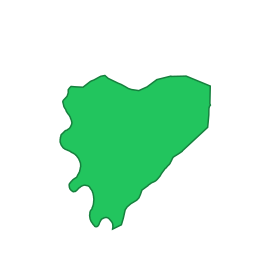 Agard Lands, Castries, Saint Lucia, rotated 139°
{"feature_id": "8701671B38809130706709", "entity_name": "Agard Lands", "entity_type": "district", "adm_level": 2, "iso_a3": "LCA", "parent_name": "Saint Lucia", "parent_adm1": "Castries", "projection": "robinson", "projection_center": [-60.962, 14.007], "detail": "fine", "context": "isolated", "style": "filled", "palette": "green", "viewbox_px": 256, "rotation_deg": 139, "n_neighbors": 0, "source": "geoboundaries", "source_scale": "gbopen_adm2", "svg_char_len": 5629}
<svg xmlns="http://www.w3.org/2000/svg" viewBox="0 0 256 256"><g transform="rotate(139 128 128)"><path d="M197.2,125.3L197.7,125.1L197.9,125.0L198.1,124.9L198.8,124.6L199.3,124.6L200.2,124.7L200.6,124.7L201.2,124.9L201.8,125.0L202.0,125.0L202.9,125.0L203.4,125.1L203.9,125.1L204.6,125.0L205.0,124.9L205.8,124.9L206.3,124.8L206.9,124.7L207.8,124.5L208.3,124.5L208.6,124.4L208.8,124.3L209.4,124.0L209.6,123.8L209.9,123.4L210.3,123.0L210.5,122.6L210.8,122.2L211.2,121.6L211.3,121.2L211.5,120.8L211.6,120.6L211.8,119.9L211.8,119.3L211.8,118.5L211.8,118.2L211.6,117.6L211.6,117.1L211.4,116.5L211.2,115.9L210.8,115.5L209.9,115.1L209.3,114.9L209.2,114.6L208.3,114.6L207.4,114.6L206.8,114.6L206.2,114.7L205.6,114.8L204.8,114.9L204.3,114.9L204.1,114.9L203.8,114.8L203.2,114.7L202.7,114.8L202.2,114.8L201.7,114.7L201.4,114.6L200.8,114.5L200.3,114.3L199.9,114.2L199.6,114.1L199.2,113.9L198.6,113.6L198.2,113.3L198.0,113.1L197.7,112.7L197.5,112.4L197.2,112.0L197.0,111.8L196.6,111.2L196.2,110.9L196.1,110.4L195.9,110.0L195.7,109.1L195.8,107.9L195.8,107.7L196.1,107.0L196.1,106.3L196.1,105.4L196.2,104.9L196.2,104.4L196.3,104.2L196.5,103.6L196.8,103.0L197.0,102.5L197.3,101.5L197.7,101.0L198.0,100.4L198.2,100.1L198.6,99.4L198.9,98.9L199.2,98.5L199.4,98.3L199.8,97.6L200.1,97.2L200.3,96.9L200.8,96.3L201.2,95.9L201.4,95.7L201.9,95.3L202.3,94.9L203.1,94.1L203.6,93.7L204.2,93.1L204.7,92.8L205.2,92.5L205.9,92.0L206.3,91.8L206.6,91.7L207.3,91.4L208.0,90.8L208.3,90.6L209.1,90.4L209.7,90.4L210.1,90.3L210.7,90.1L211.3,89.8L211.9,89.4L212.3,89.1L212.7,88.7L213.2,88.1L213.7,87.7L214.1,87.5L214.5,86.9L215.0,86.2L215.5,85.4L215.7,85.0L216.1,84.5L216.3,84.1L216.4,83.8L216.6,83.2L216.8,82.7L217.1,81.8L217.2,81.2L217.2,80.9L217.3,79.9L217.4,79.0L217.6,78.1L217.5,77.6L217.5,76.9L217.5,76.6L217.5,76.2L217.6,75.8L217.5,75.3L217.4,75.1L217.2,74.8L216.9,74.5L216.6,74.2L216.0,73.9L215.5,73.8L214.9,73.8L214.7,73.9L214.3,74.0L214.1,74.0L213.7,74.1L213.2,74.3L212.8,74.5L212.4,74.7L212.0,75.0L211.8,75.1L211.4,75.3L211.2,75.4L211.0,75.5L210.6,75.6L210.3,75.7L210.0,75.8L209.7,76.0L209.2,76.1L208.8,76.2L208.6,76.4L208.3,76.4L208.1,76.5L207.8,76.5L207.6,76.5L207.3,76.4L207.1,76.4L206.6,76.2L206.2,76.2L205.8,76.1L205.4,76.0L204.7,75.7L204.3,75.5L204.1,75.4L203.8,75.3L203.6,75.1L203.4,75.0L203.1,74.8L202.7,74.2L202.2,73.5L201.9,72.6L201.8,71.8L201.8,70.9L201.8,70.4L201.8,69.8L201.8,69.1L201.9,68.6L201.9,68.4L201.9,68.1L201.9,67.5L202.0,67.1L202.1,66.8L202.1,66.5L202.5,65.8L202.8,65.2L203.4,64.4L203.8,63.9L204.2,63.3L204.6,63.0L204.9,62.7L205.2,62.4L205.6,62.2L206.0,61.8L196.5,59.3L190.7,63.0L183.8,68.1L180.4,69.0L175.6,69.0L168.8,67.8L165.6,68.1L165.0,68.4L162.4,69.6L158.2,72.0L153.0,71.6L150.6,71.4L150.4,71.5L150.2,71.6L149.5,71.5L148.5,71.4L147.8,71.3L147.0,71.3L146.7,71.2L146.2,71.2L145.0,70.8L144.8,70.8L144.4,70.6L142.9,70.2L141.8,70.0L141.5,70.0L141.1,70.0L140.5,70.0L139.3,70.1L138.7,70.2L138.0,70.3L137.3,70.4L136.2,70.6L135.4,70.7L134.6,71.0L134.0,71.2L132.9,71.6L130.8,72.1L128.9,72.5L127.6,72.8L126.8,73.0L126.5,73.1L125.6,72.9L124.8,73.0L124.1,73.2L123.1,73.3L122.3,73.4L121.7,73.4L121.0,73.4L120.2,73.6L119.8,73.6L119.3,73.8L118.7,74.1L118.2,74.3L116.8,74.8L115.3,75.5L115.1,75.6L114.6,75.8L113.5,76.2L112.8,76.3L112.3,76.2L112.0,76.2L111.3,76.1L110.1,75.9L109.9,75.9L109.6,75.8L108.9,75.7L108.1,75.6L107.7,75.5L107.0,75.4L106.3,75.3L105.5,75.2L104.8,75.1L103.6,75.0L102.8,74.9L102.2,74.9L102.0,75.1L68.5,76.2L67.5,76.2L63.8,79.7L58.5,84.8L55.0,88.7L54.6,89.1L53.7,90.0L52.2,90.9L50.8,91.2L50.2,92.7L38.4,105.7L50.1,129.1L50.9,129.7L61.6,138.6L61.6,139.0L74.5,145.6L86.6,146.5L92.2,148.2L95.3,149.1L96.4,150.4L100.1,154.7L101.8,157.5L103.1,161.4L104.5,165.2L105.3,166.8L106.2,168.6L110.4,178.4L111.0,182.8L114.6,184.9L116.7,185.4L122.2,186.6L124.7,187.5L125.8,187.8L135.2,188.3L140.9,193.8L143.7,196.7L145.6,196.6L148.0,196.1L150.1,193.7L153.2,191.9L155.0,191.7L158.8,191.3L160.0,190.6L162.3,186.2L162.6,185.0L162.9,182.8L163.6,181.0L164.0,178.0L164.0,177.1L164.0,176.9L164.1,176.0L164.3,175.0L164.4,174.5L164.6,173.7L164.9,173.3L165.0,172.9L165.3,172.1L165.4,171.7L165.7,171.0L165.9,170.5L166.1,170.3L166.3,169.7L166.5,169.5L166.6,169.1L166.9,168.8L167.0,168.6L167.3,168.4L167.7,168.1L168.1,167.8L168.7,167.5L169.1,167.3L169.8,167.0L170.3,166.8L171.0,166.5L171.6,166.3L172.4,166.2L173.2,166.2L173.7,166.3L174.3,166.4L174.9,166.4L175.5,166.5L176.1,166.7L176.7,167.0L176.9,167.1L177.5,167.1L178.2,167.1L178.6,167.1L179.1,166.9L179.9,167.0L180.4,166.9L180.9,166.8L181.5,166.9L182.2,166.8L183.1,166.7L183.8,166.1L184.2,165.7L184.6,165.5L184.9,165.4L185.3,165.0L185.6,164.9L186.0,164.3L186.6,164.0L187.0,163.5L187.2,163.3L187.8,162.6L188.2,162.2L188.4,162.0L188.4,161.7L188.6,161.5L188.7,161.0L189.1,160.4L189.3,159.6L189.6,158.9L189.7,157.9L189.8,157.1L189.7,156.9L189.9,156.3L189.9,155.9L189.9,155.1L189.6,154.6L189.5,153.6L189.3,153.2L189.0,152.6L188.7,151.9L188.4,151.5L188.2,151.0L188.1,150.7L188.0,150.4L187.6,149.8L187.4,149.3L187.3,149.1L187.2,148.9L187.0,148.4L186.9,147.9L186.8,147.4L186.6,146.7L186.4,146.2L186.2,145.7L185.9,145.1L185.6,144.1L185.5,143.8L185.3,143.1L185.2,142.8L185.2,142.1L185.2,141.6L185.0,141.3L185.1,140.4L185.1,139.7L185.2,139.4L185.2,139.2L185.2,138.2L185.3,137.8L185.4,137.4L185.5,136.7L185.7,136.0L185.9,135.7L186.0,135.0L186.1,134.7L186.4,134.1L186.7,133.3L186.7,133.0L187.2,132.3L187.5,131.9L187.8,131.4L188.1,131.0L188.6,130.5L188.8,130.1L189.4,129.7L190.0,129.3L190.6,128.8L191.0,128.4L191.6,128.0L192.4,127.5L193.0,127.0L193.4,126.7L193.8,126.6L194.0,126.5L194.2,126.4L194.7,126.3L195.0,126.0L195.6,125.9L196.3,125.7L197.2,125.3Z" fill="#22c55e" stroke="#15803d" stroke-width="1.5"/></g></svg>